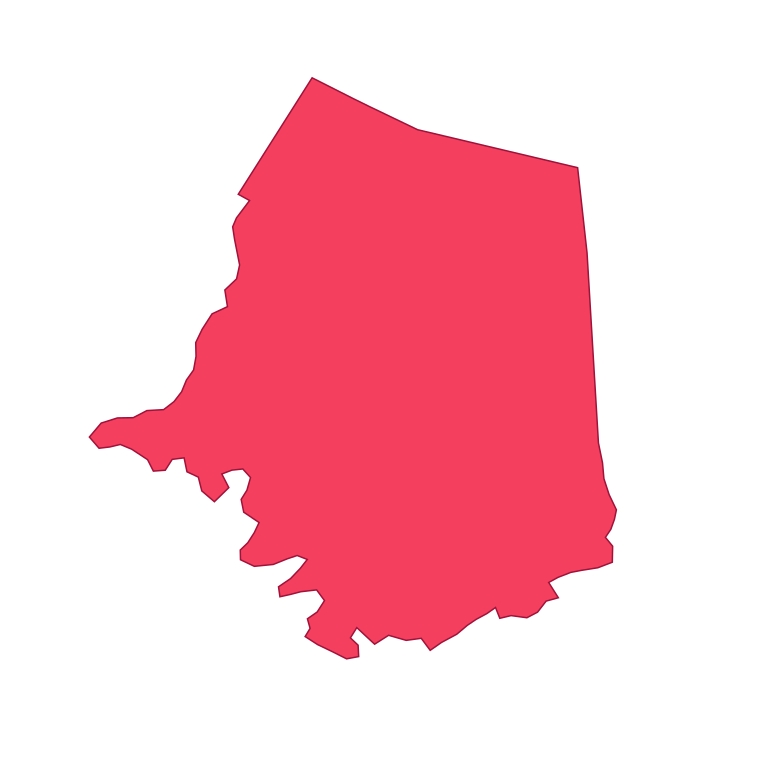 Itabi, Sergipe, Brazil (Natural Earth projection), rotated 286°
{"feature_id": "56859067B58035977346171", "entity_name": "Itabi", "entity_type": "district", "adm_level": 2, "iso_a3": "BRA", "parent_name": "Brazil", "parent_adm1": "Sergipe", "projection": "natural_earth1", "projection_center": [-37.181, -10.102], "detail": "fine", "context": "isolated", "style": "filled", "palette": "rose", "viewbox_px": 768, "rotation_deg": 286, "n_neighbors": 0, "source": "geoboundaries", "source_scale": "gbopen_adm2", "svg_char_len": 1515}
<svg xmlns="http://www.w3.org/2000/svg" viewBox="0 0 768 768"><g transform="rotate(286 384 384)"><path d="M645.3,510.5L637.7,346.2L646.7,293.4L649.9,275.6L658.5,230.5L526.2,191.6L523.3,204.2L503.0,196.4L493.4,195.2L481.8,200.5L458.6,212.4L444.4,213.3L430.5,205.1L415.2,212.2L404.1,199.4L386.5,194.1L371.9,191.6L358.7,195.7L345.0,197.1L333.4,193.0L320.8,191.6L309.2,187.0L298.6,179.2L293.1,163.4L282.5,152.2L277.9,137.1L268.5,122.9L251.8,115.4L243.7,127.8L247.9,137.8L253.2,147.2L251.8,159.3L246.1,177.6L236.7,186.3L240.8,197.5L253.2,201.2L257.9,212.2L245.3,218.8L243.3,231.2L231.0,238.3L224.1,253.4L241.6,263.4L252.8,252.9L259.3,261.6L263.4,271.7L257.3,281.5L244.1,281.5L233.7,278.5L222.1,284.5L216.4,302.1L205.4,300.3L193.8,296.8L184.8,291.6L175.5,294.5L173.0,309.6L180.0,327.3L189.3,339.2L195.2,347.8L194.2,358.6L183.6,354.3L171.2,347.8L160.0,338.5L150.8,342.6L155.9,352.0L161.4,361.3L167.5,376.0L159.4,386.5L146.4,382.6L137.2,375.1L128.7,380.3L119.5,377.8L115.2,392.0L112.6,407.3L109.5,423.8L115.0,434.8L125.8,431.1L130.7,421.7L142.3,425.0L131.3,446.7L143.7,457.7L143.7,476.0L149.8,489.9L140.7,501.8L151.4,510.5L163.5,522.9L175.1,530.7L183.2,537.5L191.7,546.2L199.9,552.8L190.7,559.9L196.4,570.0L198.7,585.8L207.0,594.5L220.0,599.7L226.6,610.5L238.6,597.0L246.1,604.6L254.4,615.5L259.5,625.6L266.3,640.2L275.6,652.6L291.1,648.5L297.6,639.1L306.8,642.1L317.4,642.8L327.1,642.1L339.7,630.9L353.6,621.5L368.4,615.8L386.4,606.4L566.1,543.0L645.3,510.5Z" fill="#f43f5e" stroke="#9f1239" stroke-width="1.5"/></g></svg>